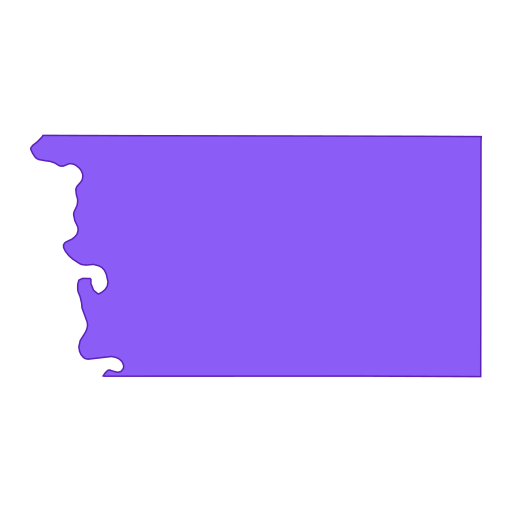 the district of Pottawattamie, Iowa, United States of America
{"feature_id": "52423323B19646678689776", "entity_name": "Pottawattamie", "entity_type": "district", "adm_level": 2, "iso_a3": "USA", "parent_name": "United States of America", "parent_adm1": "Iowa", "projection": "mercator", "projection_center": [-95.883, 41.333], "detail": "fine", "context": "isolated", "style": "filled", "palette": "violet", "viewbox_px": 512, "rotation_deg": 0, "n_neighbors": 0, "source": "geoboundaries", "source_scale": "gbopen_adm2", "svg_char_len": 1440}
<svg xmlns="http://www.w3.org/2000/svg" viewBox="0 0 512 512"><path d="M481.3,136.6L421.6,136.3L302.5,136.0L133.2,135.7L43.0,135.4L42.1,136.9L37.2,141.9L32.7,145.4L31.0,147.7L30.7,148.6L30.9,149.6L32.5,153.1L34.9,156.8L36.4,158.3L38.6,159.5L45.7,160.8L49.9,161.3L54.9,163.0L59.0,165.6L60.7,166.1L63.4,166.1L68.9,163.8L71.3,163.7L74.0,164.4L76.0,165.4L79.7,168.5L81.4,171.0L82.6,173.9L82.8,176.4L82.4,179.0L81.8,180.5L80.7,182.1L77.1,186.2L76.4,187.6L75.8,189.3L76.3,194.4L77.6,199.2L77.6,201.9L77.1,205.4L73.9,212.2L73.6,214.5L73.9,216.0L74.8,220.6L77.9,227.2L78.1,230.5L77.0,234.2L74.6,237.1L71.8,239.2L65.9,242.0L64.5,243.2L63.5,245.0L63.6,247.6L65.5,251.4L68.7,255.5L72.7,259.1L79.7,263.7L81.6,264.5L85.9,265.1L93.5,264.4L99.0,265.9L101.9,267.5L104.5,270.4L106.3,274.2L108.0,282.0L107.3,286.0L107.2,286.4L105.2,289.4L102.3,292.0L98.3,294.1L93.6,290.3L90.9,283.6L90.9,279.4L90.1,278.5L82.6,278.4L78.8,280.2L77.7,284.5L77.7,285.7L77.7,289.4L78.2,292.0L80.1,296.7L80.4,297.9L81.7,303.6L82.0,307.9L84.2,313.9L87.2,322.1L87.5,324.8L87.5,326.4L86.6,329.7L85.3,332.5L80.2,340.6L78.8,346.9L79.6,351.4L81.0,354.6L83.6,357.6L85.5,358.7L88.1,359.2L111.5,356.5L115.6,357.3L119.1,358.9L122.2,361.8L123.7,365.7L123.7,365.8L123.4,368.4L121.1,371.4L117.7,372.3L111.3,370.7L110.1,370.0L108.9,370.0L107.8,370.4L105.5,372.5L103.1,375.9L104.2,376.2L361.7,376.1L480.7,376.6L481.0,140.2L481.3,136.6Z" fill="#8b5cf6" stroke="#5b21b6" stroke-width="1.5"/></svg>